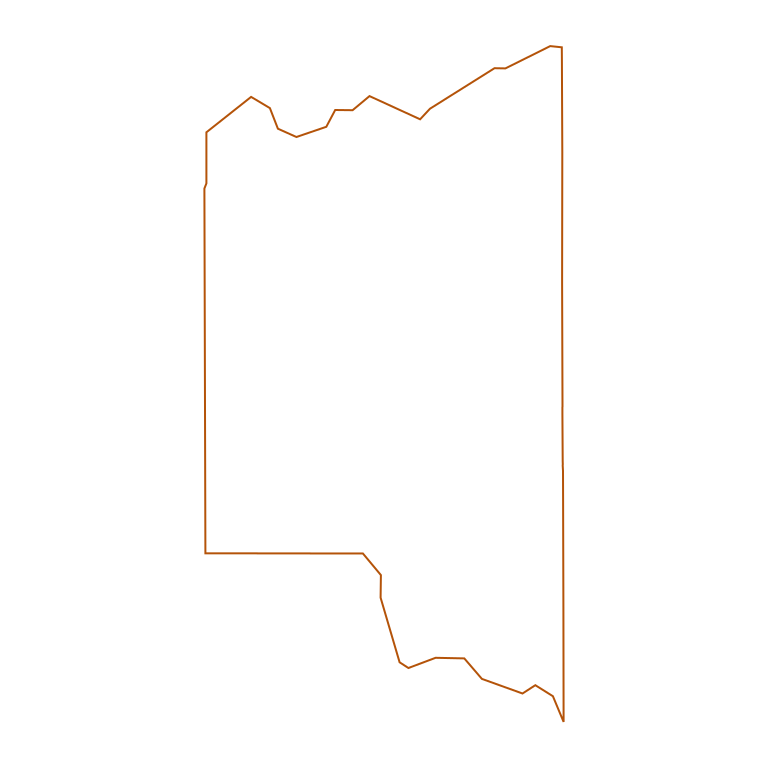 Teton, Idaho, United States of America
{"feature_id": "52423323B31857340123738", "entity_name": "Teton", "entity_type": "district", "adm_level": 2, "iso_a3": "USA", "parent_name": "United States of America", "parent_adm1": "Idaho", "projection": "mercator", "projection_center": [-111.172, 43.743], "detail": "fine", "context": "isolated", "style": "outline", "palette": "amber", "viewbox_px": 768, "rotation_deg": 0, "n_neighbors": 0, "source": "geoboundaries", "source_scale": "gbopen_adm2", "svg_char_len": 636}
<svg xmlns="http://www.w3.org/2000/svg" viewBox="0 0 768 768"><path d="M206.4,132.3L206.4,183.4L204.4,188.5L205.4,553.3L362.9,553.5L380.9,575.1L380.6,597.7L399.6,662.3L408.4,668.0L435.6,657.8L464.3,658.4L481.9,678.9L522.5,693.5L535.3,685.2L552.9,696.2L563.6,721.9L563.4,607.6L563.1,501.5L563.0,470.9L562.7,465.4L562.8,464.2L562.7,461.3L562.4,413.5L562.4,407.2L562.5,406.7L562.1,282.3L562.3,152.6L561.9,59.2L561.8,47.3L550.2,46.1L505.4,68.4L494.5,68.2L430.0,108.7L420.1,119.3L369.5,96.1L352.6,110.2L335.2,110.0L326.3,126.8L296.4,137.0L277.9,128.7L269.9,108.1L251.1,96.9L206.4,132.3Z" fill="none" stroke="#b45309" stroke-width="2"/></svg>